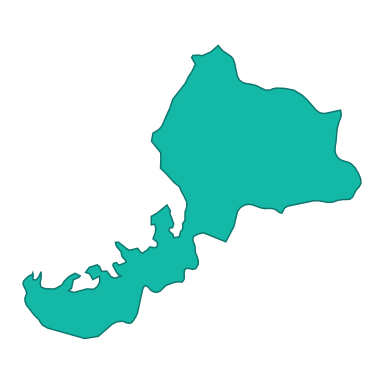 the Prefecture of Fukui
{"feature_id": "JPN-1848", "entity_name": "Fukui", "entity_type": "Prefecture", "adm_level": 1, "iso_a3": "JPN", "parent_name": "Japan", "parent_adm1": "", "projection": "natural_earth1", "projection_center": [136.049, 35.808], "detail": "fine", "context": "isolated", "style": "filled", "palette": "teal", "viewbox_px": 384, "rotation_deg": 0, "n_neighbors": 0, "source": "natural_earth", "source_scale": "10m", "svg_char_len": 3092}
<svg xmlns="http://www.w3.org/2000/svg" viewBox="0 0 384 384"><path d="M32.8,273.0L33.3,276.0L32.8,278.1L32.9,279.5L35.2,280.1L37.0,279.1L38.8,276.7L41.1,271.7L41.2,277.3L40.2,282.8L40.8,287.0L45.4,288.7L52.5,289.0L54.8,288.7L57.1,287.7L62.0,284.9L64.2,281.2L69.0,276.5L75.0,273.3L80.2,275.9L79.0,277.3L73.3,279.8L71.5,288.4L68.4,290.6L74.0,292.5L86.9,288.9L93.7,289.3L97.1,286.8L99.7,282.2L99.6,276.2L92.8,279.6L89.8,274.0L85.6,272.4L89.2,267.4L97.2,264.8L99.6,266.7L101.6,271.4L106.8,271.1L111.0,276.8L115.1,278.2L121.0,275.9L118.3,274.7L116.5,272.3L112.9,265.6L113.5,263.4L116.3,262.6L118.9,265.2L122.4,263.9L126.1,262.2L125.3,259.9L123.5,258.3L121.8,256.0L121.0,251.7L120.0,250.5L116.5,246.3L115.4,242.4L118.3,242.1L122.6,245.4L125.8,248.1L129.3,250.3L137.7,248.3L139.7,251.2L142.1,253.3L147.1,250.1L149.9,246.9L154.9,247.8L157.3,246.4L157.5,242.4L153.0,238.8L155.4,232.4L155.7,227.9L154.7,224.2L151.3,224.9L151.2,216.4L157.5,212.9L167.0,205.0L170.4,210.9L169.8,213.4L171.7,218.2L173.7,223.9L172.5,227.7L170.0,227.7L168.8,230.9L172.8,234.2L173.8,237.7L179.2,236.8L180.6,231.5L182.2,229.9L182.8,228.0L182.6,223.7L185.0,220.4L185.0,217.5L185.1,211.9L186.8,206.7L186.7,201.9L183.9,195.9L181.1,190.8L179.5,186.8L174.2,182.6L165.1,172.6L160.5,168.3L160.9,159.7L160.7,152.7L154.8,145.3L151.5,141.3L153.0,133.1L159.0,129.5L162.1,125.7L166.5,115.5L169.8,108.3L172.9,99.1L185.1,83.6L188.7,76.3L191.8,71.8L195.4,64.2L191.6,57.5L192.8,55.5L197.9,55.1L202.3,55.7L210.7,52.0L218.2,45.5L221.7,49.7L222.2,50.4L230.4,56.0L231.4,56.9L233.0,58.8L233.8,60.7L234.8,64.0L236.6,72.9L237.6,76.6L239.2,79.8L242.0,82.1L245.1,83.4L250.8,84.2L255.7,85.4L265.2,90.0L269.9,90.1L273.1,88.7L276.6,88.1L284.5,88.4L293.9,90.2L302.2,95.2L307.3,100.0L316.2,110.2L319.8,112.8L324.5,113.6L340.5,110.1L341.3,114.7L340.8,117.4L339.2,121.2L337.1,128.8L336.0,141.4L335.2,146.6L335.0,150.4L335.7,154.1L337.3,156.8L339.5,159.1L342.3,160.6L348.7,162.4L351.7,164.3L355.0,167.7L358.3,173.1L360.7,179.0L361.0,183.4L359.1,186.9L355.9,190.4L352.5,197.2L349.8,199.3L342.1,199.6L338.0,200.3L332.3,202.2L327.7,202.4L319.2,200.8L313.7,200.8L287.9,206.1L284.7,207.9L283.3,210.3L282.0,213.1L280.0,212.8L274.9,209.2L271.8,208.5L268.6,208.4L264.8,208.6L260.9,207.9L252.4,204.8L248.8,204.3L245.6,204.7L242.4,206.2L239.7,208.3L237.5,211.5L233.9,226.5L225.8,241.8L203.5,232.8L198.5,233.9L193.7,236.3L192.8,238.8L192.9,240.6L194.8,245.5L195.1,247.5L195.4,252.4L197.6,258.1L198.3,261.2L198.1,264.7L195.7,268.7L192.4,269.3L189.2,268.5L185.8,268.5L184.4,270.7L184.1,273.3L184.3,276.7L184.0,279.5L182.1,282.1L179.6,281.8L176.1,282.0L173.0,282.8L166.0,285.4L160.0,291.2L157.0,292.4L153.9,292.0L150.9,290.3L148.4,287.4L146.7,286.2L144.9,285.6L143.6,287.2L142.5,289.8L137.5,312.9L135.7,316.9L133.8,320.0L131.4,322.8L129.0,323.3L126.2,322.7L122.7,321.2L116.8,321.8L112.2,324.2L98.3,336.3L84.7,338.5L47.8,328.1L42.7,325.3L40.6,322.6L38.7,319.4L34.3,315.2L26.4,305.1L25.0,301.1L24.9,298.1L26.5,294.0L26.5,292.4L25.6,289.5L24.1,286.8L23.0,283.7L23.7,281.0L26.3,278.2L28.8,276.1L32.3,274.3L32.8,273.0Z" fill="#14b8a6" stroke="#0f766e" stroke-width="1.5"/></svg>